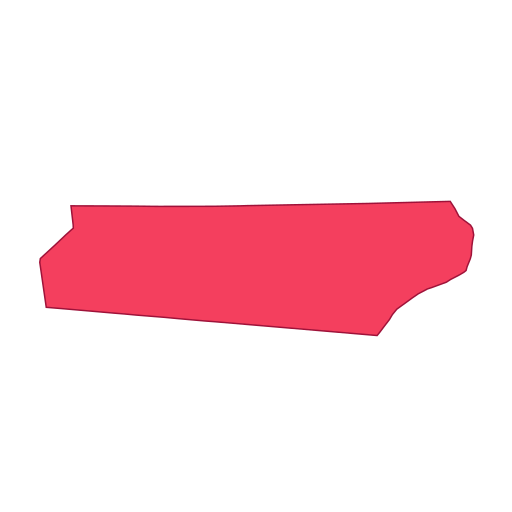 Ipubi, Pernambuco, Brazil, rotated 102°
{"feature_id": "56859067B31416685078999", "entity_name": "Ipubi", "entity_type": "district", "adm_level": 2, "iso_a3": "BRA", "parent_name": "Brazil", "parent_adm1": "Pernambuco", "projection": "equal_earth", "projection_center": [-40.224, -7.501], "detail": "fine", "context": "isolated", "style": "filled", "palette": "rose", "viewbox_px": 512, "rotation_deg": 102, "n_neighbors": 0, "source": "geoboundaries", "source_scale": "gbopen_adm2", "svg_char_len": 881}
<svg xmlns="http://www.w3.org/2000/svg" viewBox="0 0 512 512"><g transform="rotate(102 256 256)"><path d="M242.0,64.3L238.5,60.8L232.1,53.0L228.6,49.2L226.5,47.5L222.6,47.3L214.1,45.8L210.3,45.6L201.5,46.9L196.1,47.3L190.2,47.4L183.9,50.0L181.2,52.6L177.6,60.5L175.0,65.8L168.3,71.3L162.2,77.4L181.3,157.2L197.8,228.6L208.6,275.2L210.2,281.7L215.9,306.5L219.0,320.8L226.1,354.0L227.6,361.0L229.6,370.8L230.5,375.4L233.1,388.2L238.4,413.9L245.4,447.4L263.6,441.3L266.8,440.5L269.4,442.5L274.8,446.4L284.7,453.2L293.9,459.7L303.3,466.4L307.1,466.2L328.6,458.3L349.8,450.5L347.8,434.8L345.0,412.2L341.4,383.0L340.0,372.2L338.7,361.0L335.0,332.6L333.4,318.8L330.2,292.6L328.8,282.3L319.3,206.6L308.6,121.0L304.9,119.1L297.8,115.8L290.5,112.3L284.9,110.4L278.7,107.2L264.5,94.4L259.3,89.5L252.6,81.5L250.3,77.5L242.0,64.3Z" fill="#f43f5e" stroke="#9f1239" stroke-width="1.5"/></g></svg>